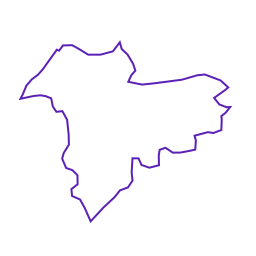 the district of Hampyeong-gun, South Jeolla, South Korea, rotated 264°
{"feature_id": "91817680B7912985797785", "entity_name": "Hampyeong-gun", "entity_type": "district", "adm_level": 2, "iso_a3": "KOR", "parent_name": "South Korea", "parent_adm1": "South Jeolla", "projection": "equal_earth", "projection_center": [126.541, 35.102], "detail": "fine", "context": "isolated", "style": "outline", "palette": "violet", "viewbox_px": 256, "rotation_deg": 264, "n_neighbors": 0, "source": "geoboundaries", "source_scale": "gbopen_adm2", "svg_char_len": 1079}
<svg xmlns="http://www.w3.org/2000/svg" viewBox="0 0 256 256"><g transform="rotate(264 128 128)"><path d="M214.1,128.8L205.8,121.0L203.8,108.2L205.1,96.1L211.4,87.9L216.2,81.1L216.9,72.0L212.1,67.5L213.3,65.4L195.4,49.5L190.5,44.2L186.4,37.4L180.8,31.4L172.5,26.9L168.3,24.1L169.7,37.4L169.7,44.2L168.3,49.5L165.5,54.7L157.2,55.5L151.6,58.5L151.6,64.5L142.6,68.3L128.0,68.3L117.6,67.5L109.9,61.5L104.4,59.3L94.7,62.3L91.9,68.3L86.3,72.8L77.3,72.0L73.1,65.3L66.2,65.3L62.0,72.8L53.0,76.6L39.1,81.1L51.6,95.4L60.6,107.4L66.8,113.5L68.9,121.7L75.2,127.0L83.5,127.0L97.4,129.3L96.7,135.3L89.8,137.6L86.3,145.1L87.7,154.9L97.4,155.7L103.0,157.2L104.4,163.2L98.8,170.0L98.1,177.5L98.8,186.6L99.5,192.6L108.5,194.2L113.4,193.4L115.5,207.0L114.1,212.3L116.2,220.6L126.6,222.1L130.1,222.1L132.9,226.6L138.2,231.8L138.4,228.1L141.9,221.3L148.9,216.8L155.8,228.9L157.9,231.9L165.6,225.1L173.2,210.0L173.2,202.5L170.4,186.6L169.7,158.7L169.7,146.6L173.9,133.1L180.1,136.8L184.3,141.3L191.3,139.8L201.0,135.3L207.2,130.0L214.1,128.8Z" fill="none" stroke="#5b21b6" stroke-width="2"/></g></svg>